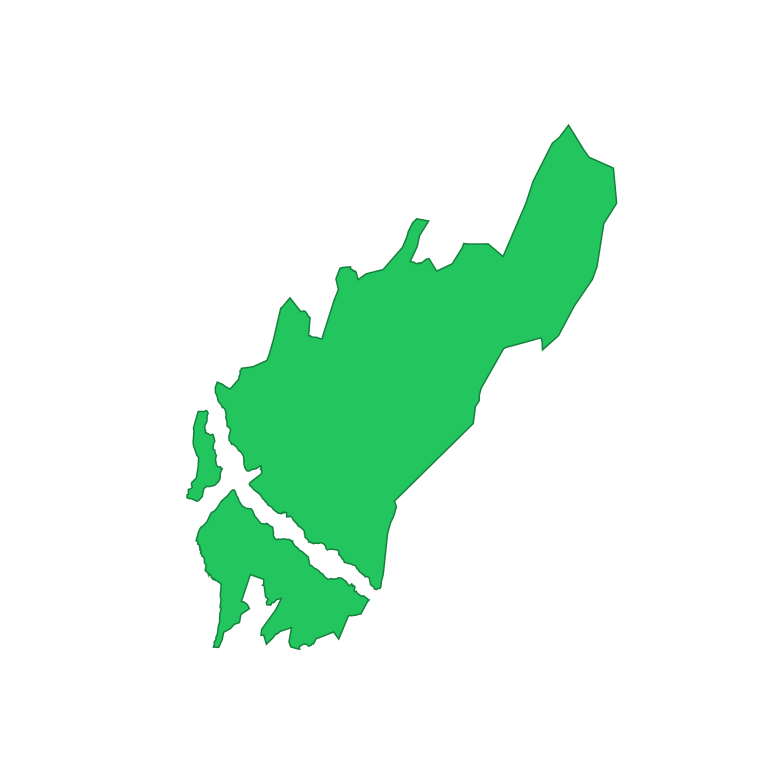 Ullensvang nor, Hordaland, Norway (Robinson projection), rotated 287°
{"feature_id": "86288312B73350405058148", "entity_name": "Ullensvang nor", "entity_type": "district", "adm_level": 2, "iso_a3": "NOR", "parent_name": "Norway", "parent_adm1": "Hordaland", "projection": "robinson", "projection_center": [6.658, 60.244], "detail": "fine", "context": "isolated", "style": "filled", "palette": "green", "viewbox_px": 768, "rotation_deg": 287, "n_neighbors": 0, "source": "geoboundaries", "source_scale": "gbopen_adm2", "svg_char_len": 6152}
<svg xmlns="http://www.w3.org/2000/svg" viewBox="0 0 768 768"><g transform="rotate(287 384 384)"><path d="M337.1,224.0L331.3,223.7L326.5,225.3L323.7,227.9L319.2,230.4L316.1,234.9L314.2,236.2L314.8,237.0L313.1,239.5L308.9,242.0L305.6,242.5L302.5,244.7L297.7,246.3L297.6,247.4L296.2,249.9L295.1,250.7L288.1,251.1L284.8,252.4L283.8,254.3L282.2,255.3L281.8,256.1L282.3,256.9L280.8,261.2L277.8,264.6L277.3,266.7L275.3,269.3L273.3,271.1L266.2,273.7L262.6,276.0L261.1,278.2L260.9,279.2L261.4,280.6L263.3,282.2L265.6,286.5L269.4,289.6L269.7,290.4L268.7,290.7L268.2,291.6L268.4,290.6L267.1,291.3L266.4,290.8L266.7,290.4L266.3,290.7L266.2,291.9L263.3,293.0L262.0,292.8L251.1,285.1L249.2,284.4L247.6,285.4L247.0,287.3L244.9,290.4L242.1,297.8L238.5,302.1L238.2,303.4L236.8,304.9L236.4,306.3L234.2,308.7L233.8,311.6L232.6,314.1L231.8,314.6L229.8,319.9L229.6,321.4L230.1,322.5L229.7,323.6L231.3,324.5L231.0,324.8L231.7,325.3L231.3,325.3L231.6,326.2L232.5,327.2L232.2,328.6L228.5,329.7L229.1,331.8L230.3,332.8L229.4,335.0L226.8,337.8L225.4,340.7L222.7,344.1L223.1,345.0L220.9,349.7L219.4,351.3L217.7,351.5L217.0,352.4L214.3,353.3L212.9,356.8L210.8,358.4L211.5,359.8L210.9,360.8L210.7,363.5L211.6,364.2L212.4,367.9L213.9,370.1L213.3,373.7L211.9,375.5L209.6,376.8L208.8,378.4L209.9,379.8L210.9,382.7L211.6,388.5L210.9,389.4L207.9,390.6L207.1,391.5L207.3,392.2L204.7,395.0L204.1,396.5L201.8,398.3L202.1,401.1L201.8,402.9L202.4,405.2L201.8,406.6L202.1,409.6L199.1,412.6L199.3,413.5L197.7,414.7L196.6,417.1L196.7,418.4L195.6,419.0L195.3,421.2L194.3,421.8L194.2,423.0L194.9,423.8L194.4,426.4L188.1,430.0L186.7,433.8L185.2,434.6L185.2,436.8L186.4,437.7L187.5,439.9L188.7,440.3L194.5,439.2L201.8,438.9L242.1,431.1L253.0,430.8L260.7,431.9L270.2,431.8L275.1,428.2L372.3,480.9L389.1,478.0L395.8,479.9L401.5,478.4L408.2,478.1L452.6,488.0L454.3,489.5L473.9,520.4L472.7,521.7L470.4,523.0L462.9,525.6L481.2,536.7L514.1,543.1L544.9,552.7L558.4,553.4L601.6,547.3L624.9,553.6L657.5,540.3L660.8,513.8L666.2,506.7L685.5,484.8L670.8,479.5L663.5,474.6L621.3,467.3L598.6,466.9L540.7,460.6L548.4,442.7L542.6,424.2L541.7,419.2L537.3,419.0L518.9,414.1L507.3,401.3L517.1,390.4L515.5,387.8L510.0,384.0L510.5,383.0L508.3,379.6L509.2,377.3L508.9,373.2L525.1,375.6L536.4,374.6L552.9,379.1L551.6,367.1L546.6,364.3L537.2,362.7L531.8,362.9L520.0,361.7L493.2,349.7L484.1,334.7L476.2,328.6L482.5,324.8L483.7,322.9L483.0,322.1L484.3,319.8L484.1,318.3L486.2,317.8L483.6,310.9L481.9,308.1L470.4,307.3L461.5,312.6L459.7,312.7L449.8,311.8L409.0,311.4L408.6,309.4L409.0,306.4L407.8,301.1L408.6,299.5L408.1,297.8L425.8,293.9L427.2,291.0L428.4,290.2L430.4,287.4L430.4,285.8L428.8,283.4L438.9,268.9L427.7,264.2L426.4,263.1L394.9,265.3L378.6,265.6L372.2,265.1L362.0,253.4L357.3,243.1L355.6,243.1L354.5,242.4L351.9,243.5L348.1,243.2L346.4,243.8L334.1,238.3L335.2,233.1L336.4,230.0L337.1,224.0ZM173.1,432.9L173.0,431.6L173.7,431.1L175.5,426.3L174.7,425.5L174.8,423.1L176.5,418.9L177.7,418.2L176.9,416.5L178.6,415.6L181.2,415.7L182.4,414.2L182.4,413.6L181.7,413.0L183.4,411.6L181.1,409.9L181.0,409.1L184.0,405.5L186.0,400.0L185.3,397.0L184.3,396.1L182.6,393.0L182.5,390.3L181.2,388.9L181.1,387.1L181.9,384.2L184.6,380.6L184.8,378.5L186.1,376.5L187.2,373.5L187.4,371.2L189.2,367.7L189.1,366.0L196.4,362.1L200.0,354.1L200.1,351.9L201.9,349.6L202.9,346.5L205.2,343.4L207.0,342.6L206.5,342.1L207.4,340.7L207.1,340.5L207.6,338.1L206.9,336.7L206.6,333.4L204.8,329.6L205.0,328.6L204.0,327.3L204.0,325.0L207.0,322.4L209.8,321.7L214.7,319.2L214.9,316.5L216.3,313.5L215.7,312.1L216.0,312.0L215.1,311.2L215.2,309.8L214.5,308.1L215.0,306.5L220.2,298.8L224.6,295.2L225.8,293.3L224.8,288.5L225.9,284.2L229.4,279.9L232.8,277.4L233.9,275.8L237.7,273.2L238.9,271.4L238.6,270.5L236.6,269.0L231.7,267.2L224.3,262.7L215.8,260.4L212.1,258.4L211.4,257.2L210.0,256.3L200.7,255.0L194.8,252.3L194.6,251.5L192.3,250.4L188.0,249.9L179.5,250.1L179.0,250.4L179.3,250.9L179.0,252.1L176.4,252.7L176.0,254.9L174.2,255.1L173.6,256.1L172.5,256.1L172.6,256.5L171.4,256.5L171.0,257.9L168.4,258.0L168.3,258.9L165.8,260.6L166.0,261.4L165.1,262.9L160.6,264.6L158.6,266.9L153.8,267.5L154.1,267.9L153.2,268.1L152.4,269.2L152.1,271.0L150.9,271.9L150.7,271.4L150.3,271.7L150.5,272.4L149.8,272.7L151.0,272.9L150.7,273.9L149.8,275.1L148.5,275.3L148.5,276.4L147.7,276.8L147.9,277.4L147.4,277.5L147.7,278.0L147.2,278.3L147.5,279.0L147.1,278.8L147.4,279.2L146.9,280.1L147.1,282.1L146.4,282.7L146.0,285.1L145.5,285.7L146.0,285.9L145.2,285.9L144.6,287.0L134.0,289.2L129.8,291.3L123.9,292.2L122.4,292.7L122.8,293.1L121.7,293.9L116.3,294.2L107.6,296.5L105.1,296.3L95.7,297.8L92.5,297.3L90.7,298.1L87.8,297.1L84.9,297.9L82.5,297.8L83.8,302.9L92.0,304.0L99.7,303.3L105.3,308.7L110.4,311.1L113.6,315.5L121.8,314.5L129.8,321.0L133.2,317.7L134.6,313.7L134.4,311.2L162.6,311.9L162.0,326.1L157.9,327.3L156.0,326.8L156.4,328.0L156.0,328.4L145.8,333.0L144.3,336.1L141.1,335.3L138.8,336.3L138.7,337.4L139.5,340.3L142.2,340.9L142.9,342.7L146.4,344.2L148.9,348.6L136.0,346.4L113.6,338.7L107.6,339.9L108.7,342.4L100.8,347.6L108.5,351.9L113.6,353.7L113.4,354.4L114.6,355.6L116.9,356.8L124.0,366.8L109.7,368.5L105.4,371.6L105.4,377.7L105.7,380.9L107.9,379.7L111.6,382.9L112.5,385.7L111.2,388.8L113.3,390.9L114.2,391.1L114.8,392.5L120.4,393.5L132.1,408.4L126.8,415.3L152.1,417.8L153.2,421.3L155.3,425.7L156.8,427.6L157.2,429.1L170.9,431.8L173.1,432.9ZM283.1,216.1L272.8,218.4L269.4,219.8L261.2,225.8L259.6,228.2L250.5,230.5L239.2,232.0L233.5,228.9L231.4,229.3L228.9,230.9L227.3,229.8L225.9,227.7L221.5,229.2L220.6,228.1L218.4,228.5L217.6,229.1L217.3,231.2L218.0,232.3L218.0,233.5L217.2,239.4L218.3,240.8L223.1,243.1L231.3,242.3L234.2,244.4L234.8,246.9L237.5,251.6L242.2,254.3L246.0,254.9L250.2,253.7L253.6,253.6L255.6,254.2L256.0,253.6L255.7,253.0L257.0,251.7L256.1,249.4L257.6,247.4L262.9,244.8L266.7,244.6L268.4,242.7L271.2,241.6L271.9,239.4L276.9,238.5L279.9,238.9L285.5,235.5L285.2,234.8L285.6,234.4L284.9,234.0L284.3,232.2L285.1,230.7L285.0,228.8L285.6,228.4L285.3,227.3L287.5,227.0L288.3,226.0L291.8,224.8L296.4,225.6L302.1,224.1L304.5,224.4L305.8,223.4L306.7,221.8L305.2,220.2L303.4,214.4L286.2,214.6L283.1,216.1Z" fill="#22c55e" stroke="#15803d" stroke-width="1.5"/></g></svg>